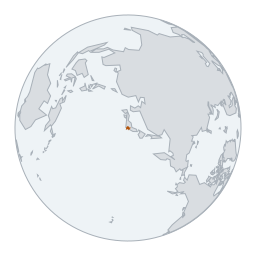 Ibaraki highlighted on a globe, orthographic projection, rotated 102°
{"feature_id": "JPN-1856", "entity_name": "Ibaraki", "entity_type": "Prefecture", "adm_level": 1, "iso_a3": "JPN", "parent_name": "Japan", "parent_adm1": "", "projection": "orthographic", "projection_center": [140.305, 36.33], "detail": "coarse", "context": "on_globe", "style": "filled", "palette": "amber", "viewbox_px": 256, "rotation_deg": 102, "n_neighbors": 0, "source": "natural_earth", "source_scale": "10m", "svg_char_len": 11172}
<svg xmlns="http://www.w3.org/2000/svg" viewBox="0 0 256 256"><g transform="rotate(102 128 128)"><circle cx="128" cy="128" r="113" fill="#eef3f6" stroke="#a8b0b8"/><path d="M197.1,202.5L197.1,202.9L197.0,203.1L197.1,202.5ZM222.7,67.0L220.5,65.6L224.6,70.1L225.4,71.4L225.6,71.8L224.5,70.9L223.3,68.9L220.2,66.5L219.5,67.8L213.5,64.6L202.8,56.5L204.1,55.9L201.4,54.3L199.6,55.0L199.1,56.0L187.3,53.6L180.3,58.4L181.5,62.9L178.5,59.9L183.2,70.7L181.6,76.5L181.3,68.2L179.7,66.1L177.5,69.0L175.3,67.5L173.1,68.2L170.7,66.2L170.6,61.8L169.1,60.6L167.7,62.8L164.4,62.4L166.7,59.3L161.1,58.5L160.1,51.7L168.3,46.2L165.6,41.9L168.5,35.1L166.1,34.6L165.7,32.1L162.9,30.6L164.2,30.0L160.8,29.4L160.1,30.2L158.3,30.3L156.6,29.6L158.0,28.6L159.1,28.9L158.6,28.2L160.1,28.1L158.3,27.8L160.3,26.9L155.8,26.8L155.2,25.3L157.1,25.0L160.3,26.3L172.6,29.9L175.6,30.5L176.6,29.8L171.6,25.5L173.4,25.8L173.6,25.3L171.0,24.4L170.0,24.5L165.2,22.9L164.6,23.4L162.5,23.0L160.5,23.4L157.2,22.0L155.2,20.6L156.7,20.3L155.8,19.8L151.5,19.2L151.5,18.2L146.6,16.9L146.9,17.0L155.2,18.7L163.4,21.1L171.3,24.0L179.0,27.6L186.5,31.7L193.6,36.4L200.3,41.6L206.6,47.3L212.5,53.5L217.8,60.0L222.7,67.0ZM223.8,126.2L222.8,124.2L224.1,124.4L223.8,126.2ZM221.8,123.7L222.2,124.2L221.7,123.9L221.8,123.7ZM221.1,123.9L221.6,123.7L221.1,124.2L221.1,123.9ZM220.3,124.6L220.7,124.1L220.7,124.3L220.3,124.6ZM218.7,124.9L218.3,124.9L218.6,124.3L218.7,124.9ZM199.2,56.7L199.8,55.3L202.2,55.3L202.0,56.6L199.2,56.7ZM194.3,57.2L194.0,55.9L197.0,57.4L196.3,57.6L194.3,57.2ZM182.9,66.7L183.8,65.0L183.7,67.2L182.9,66.7ZM173.2,68.6L173.6,69.6L172.2,69.5L173.2,68.6ZM162.4,24.1L161.5,23.7L162.4,23.9L162.4,24.1ZM162.5,24.7L164.1,25.1L164.4,25.5L163.3,25.2L162.5,24.7ZM167.3,66.6L165.0,66.3L167.3,65.8L167.3,66.6ZM160.3,24.1L164.6,26.0L165.0,26.7L161.4,26.3L160.3,24.1ZM163.6,65.7L157.9,65.4L158.4,67.5L153.8,61.7L160.2,63.7L163.0,62.7L162.3,64.3L163.6,65.7ZM160.6,30.8L161.3,29.9L162.4,31.4L160.6,30.8ZM161.7,31.8L167.5,36.7L165.7,37.9L164.1,35.9L163.1,38.1L159.3,36.3L159.1,34.6L161.0,34.2L158.1,33.8L161.7,31.8ZM152.2,58.7L150.8,58.1L152.3,58.0L152.2,58.7ZM157.7,30.4L159.1,31.2L157.6,32.3L154.6,30.9L156.1,31.0L157.7,30.4ZM164.6,39.7L163.0,40.4L159.5,39.0L158.4,39.1L159.1,36.4L164.6,39.7ZM155.5,30.4L153.2,30.2L152.3,29.1L156.3,29.7L155.5,30.4ZM158.4,33.2L157.6,33.7L157.1,32.9L158.4,33.2ZM147.8,25.5L149.4,26.2L148.8,26.8L147.8,25.5ZM152.4,30.2L152.7,30.6L152.6,31.0L150.9,30.6L152.4,30.2ZM156.6,35.7L155.4,35.0L156.1,36.7L153.5,35.9L154.4,34.3L153.0,34.6L152.2,34.4L153.8,33.4L156.6,35.7ZM149.0,31.5L149.3,29.3L146.4,27.7L146.9,27.1L151.4,29.8L149.0,31.5ZM151.7,32.6L150.1,31.7L151.5,31.3L153.4,31.7L151.7,32.6ZM151.4,36.0L155.2,37.7L154.8,38.0L151.4,36.0ZM147.9,31.0L147.8,31.6L147.5,31.0L147.9,31.0ZM150.0,34.5L151.4,35.0L151.0,35.4L150.0,34.5ZM146.6,32.3L146.7,31.6L148.0,31.8L146.6,32.3ZM148.0,33.4L147.1,33.8L148.4,32.3L148.6,33.5L148.0,33.4ZM149.4,34.8L149.6,35.2L148.9,34.5L149.4,34.8ZM141.6,32.2L143.0,30.3L145.9,30.6L144.2,32.4L141.6,32.2ZM44.4,52.5L38.0,60.5L35.4,65.0L40.4,60.7L44.6,53.2L48.6,49.3L47.9,52.9L44.7,60.2L46.1,59.0L50.9,52.5L53.0,52.6L52.9,50.2L50.9,52.3L50.8,51.1L52.6,49.1L53.3,49.1L55.0,46.7L51.4,47.7L49.0,50.0L51.9,45.7L48.0,49.2L47.8,49.1L54.2,43.2L55.8,42.1L65.3,34.9L64.0,35.5L54.9,42.6L56.5,41.2L54.6,42.6L57.3,40.4L67.6,33.0L70.0,31.4L82.5,25.0L85.2,23.8L82.1,25.2L83.5,24.6L80.6,26.1L80.7,26.8L78.4,28.4L82.4,27.7L81.7,28.5L79.6,28.6L76.8,29.7L71.6,34.4L71.8,35.0L74.8,34.3L73.0,35.8L76.6,34.6L75.5,37.3L79.8,33.0L83.5,32.5L85.0,33.9L87.0,33.0L84.5,30.9L82.8,30.9L80.1,31.9L76.2,31.6L77.1,30.3L84.1,28.1L86.2,26.1L90.8,25.6L94.7,30.9L94.4,34.0L85.4,40.1L83.2,39.5L85.3,36.9L79.7,39.8L81.9,39.3L80.4,40.7L83.5,41.0L82.6,42.1L87.1,40.6L86.4,42.0L83.5,42.9L87.4,44.8L86.9,47.8L88.2,47.8L89.8,46.9L88.1,51.6L89.1,51.4L90.1,49.7L92.9,48.3L97.1,47.7L96.2,49.4L94.6,49.8L89.9,53.4L85.8,54.5L85.8,55.1L89.3,54.6L95.0,50.2L97.7,49.4L95.3,51.6L96.4,50.7L97.5,50.9L97.8,52.6L100.6,50.4L113.9,50.8L115.9,54.7L112.2,56.3L120.7,59.3L122.2,64.0L123.1,62.4L127.7,63.1L127.3,61.7L128.1,61.0L139.8,63.0L141.9,65.0L148.0,64.6L148.5,63.9L147.3,62.3L153.8,61.7L158.4,67.5L157.1,68.8L160.9,71.8L157.4,74.6L156.3,78.5L150.3,80.3L149.9,83.5L151.5,84.3L152.1,89.5L148.1,97.7L144.6,87.3L149.3,75.5L146.8,79.9L145.3,77.9L143.2,78.9L141.6,82.2L142.7,83.2L129.9,84.5L122.1,92.3L127.5,93.5L129.3,97.1L125.2,108.5L108.9,120.0L111.0,126.2L110.1,129.4L105.8,130.2L107.1,125.4L104.2,122.6L105.5,119.9L99.1,120.0L100.8,116.3L94.9,118.5L95.4,122.2L100.4,123.2L94.7,127.1L97.8,134.2L96.3,140.8L85.1,148.9L76.3,149.0L75.4,150.7L72.9,147.1L68.1,149.1L71.6,162.6L71.0,165.6L63.9,168.4L64.0,166.1L57.3,156.5L54.9,163.1L60.0,172.1L61.7,179.9L57.3,175.5L55.7,168.4L53.4,164.9L54.8,159.0L54.3,148.2L50.0,147.4L51.1,143.7L49.7,133.3L43.9,131.8L34.2,135.2L31.6,144.1L28.8,145.7L28.5,128.3L31.0,118.6L29.2,117.2L30.2,105.7L27.3,96.0L28.3,93.0L27.5,92.1L28.4,86.8L30.6,82.2L30.5,80.3L25.1,92.6L25.4,94.8L27.7,94.0L26.0,97.7L25.2,103.7L20.8,106.6L18.9,100.4L21.1,93.3L32.3,69.4L33.3,68.1L33.5,67.9L33.8,67.5L32.3,69.2L35.0,65.1L26.4,79.6L23.9,85.0L18.8,100.6L18.7,100.9L17.8,105.0L17.8,110.0L17.3,112.1L15.8,118.3L15.8,118.5L16.7,110.4L18.3,102.4L20.4,94.6L23.1,86.9L26.4,79.4L30.2,72.2L34.4,65.3L39.2,58.7L44.4,52.5ZM38.8,71.6L38.5,76.5L42.9,70.9L43.2,72.4L44.6,70.1L43.2,70.5L47.4,64.7L48.8,65.8L51.1,64.0L51.3,62.3L48.0,61.3L42.0,69.4L40.3,69.8L38.8,71.6ZM93.8,21.2L91.4,22.0L90.6,22.1L93.5,20.8L94.8,20.6L93.8,21.2ZM88.4,23.2L94.5,21.7L93.0,22.7L92.8,22.3L91.1,23.1L90.4,22.8L82.9,25.5L81.7,25.8L87.7,22.8L86.4,23.5L88.8,22.6L88.4,23.2ZM113.0,18.7L115.7,18.8L108.9,20.7L107.2,20.5L110.0,19.0L113.6,18.4L113.0,18.7ZM153.1,23.4L154.6,23.7L154.2,23.9L152.6,23.8L153.1,23.4ZM148.6,25.8L146.3,22.1L147.9,22.3L144.7,20.3L147.5,20.0L149.5,21.3L149.3,19.8L152.2,20.8L151.6,19.8L155.7,22.6L158.3,23.7L154.3,22.5L151.7,22.7L151.3,23.1L152.2,25.1L156.5,27.8L154.5,28.6L152.0,28.5L150.7,28.0L152.4,27.5L149.3,27.1L150.8,26.2L148.6,25.8ZM123.4,30.0L125.9,29.1L120.1,29.3L121.5,27.9L120.8,28.0L120.5,26.8L118.8,25.6L119.9,25.0L118.8,24.8L118.6,24.1L117.4,23.7L119.0,22.7L117.7,22.1L119.2,22.0L116.5,21.4L119.2,21.4L119.2,20.6L116.6,21.0L128.1,17.7L130.8,16.8L131.6,16.1L136.2,16.6L138.4,17.7L138.8,19.3L135.5,20.3L138.1,20.5L137.4,21.1L135.6,20.7L137.9,21.7L136.7,22.1L137.1,24.3L141.1,25.8L141.3,26.8L139.2,26.5L140.9,27.7L137.1,27.8L137.2,28.5L133.5,29.5L129.4,28.6L129.8,29.5L127.0,30.4L123.4,30.0ZM140.5,32.4L135.3,31.3L133.4,30.1L140.6,29.0L141.1,28.3L145.6,27.8L148.1,29.7L146.6,29.6L145.7,30.0L145.3,29.3L144.9,30.2L142.8,30.2L142.0,30.9L140.5,30.3L140.5,32.4ZM55.8,41.6L55.3,41.9L55.1,42.2L55.8,41.6ZM65.5,34.3L65.8,34.1L64.6,34.9L65.5,34.3ZM79.1,29.1L78.5,29.8L77.6,30.1L77.0,30.1L79.1,29.1ZM106.5,31.3L108.2,30.8L108.6,31.1L112.5,31.0L111.7,32.3L109.1,32.8L106.5,31.3ZM39.9,60.4L39.5,60.1L40.4,58.9L40.4,59.2L39.9,60.4ZM46.2,50.8L43.8,53.6L45.9,51.0L46.2,50.8ZM106.3,32.7L108.0,32.5L106.6,33.2L106.3,32.7ZM111.4,33.2L110.1,34.1L112.1,32.4L111.4,33.2ZM87.6,204.4L90.9,205.7L90.8,206.0L87.6,204.4ZM84.1,202.0L87.8,203.2L83.5,202.7L84.1,202.0ZM89.2,203.7L93.0,204.0L94.6,203.8L94.4,204.5L89.2,203.7ZM81.6,201.2L68.8,196.3L64.0,193.1L64.9,192.2L72.8,195.9L81.6,201.2ZM64.6,192.0L57.3,184.3L48.7,166.3L51.8,168.4L61.1,181.5L60.4,182.5L64.8,188.0L64.6,192.0ZM82.7,191.4L82.0,195.1L74.8,192.2L71.6,190.3L69.4,184.3L70.6,182.2L73.2,183.3L84.0,178.0L87.6,181.4L84.1,184.2L87.1,188.7L82.7,191.4ZM31.7,145.2L32.4,152.2L31.0,151.8L31.7,145.2ZM89.0,172.8L84.2,175.5L88.8,171.3L89.0,172.8ZM92.1,168.2L92.1,170.5L90.6,167.9L92.1,168.2ZM74.7,153.7L72.0,153.1L72.2,151.5L75.9,151.4L74.7,153.7ZM95.2,146.3L94.0,151.0L93.0,152.4L92.3,149.1L95.2,146.3ZM102.5,44.7L97.8,43.2L94.0,43.3L91.1,45.1L93.2,42.1L99.1,41.9L102.5,44.7ZM112.6,49.8L115.1,48.5L115.4,49.7L114.8,50.2L112.6,49.8ZM113.1,48.6L113.7,45.9L116.0,45.6L115.1,47.7L113.1,48.6ZM109.8,38.7L108.5,38.1L109.7,37.4L109.8,38.7ZM172.8,230.3L174.9,229.7L172.0,231.3L167.6,233.3L162.6,234.9L172.8,230.3ZM136.2,238.6L134.6,237.6L139.8,237.4L138.9,238.3L136.2,238.6ZM176.0,228.7L178.6,226.8L178.2,225.6L179.5,226.4L183.1,225.0L176.2,229.2L176.0,228.7ZM113.0,231.6L93.0,230.7L88.2,228.9L88.5,227.7L82.1,221.3L83.6,221.9L81.4,217.8L92.7,217.8L100.4,212.9L107.8,214.8L112.7,210.4L120.7,211.8L118.9,215.7L127.8,219.2L132.3,210.3L139.3,220.2L146.8,223.3L150.8,228.0L143.1,235.4L137.2,236.7L135.3,236.2L133.1,236.8L128.5,236.5L124.6,234.3L122.4,234.8L123.9,233.3L121.0,234.5L118.0,232.8L113.0,231.6ZM170.6,216.6L172.1,216.5L175.1,217.4L172.5,217.6L170.6,216.6ZM193.2,205.7L194.3,206.1L192.5,206.9L193.2,205.7ZM197.0,203.1L194.9,204.2L197.1,202.5L197.0,203.1ZM177.0,210.1L177.9,210.5L177.4,210.8L177.0,210.1ZM176.4,210.0L177.1,208.9L177.2,209.9L176.4,210.0ZM168.4,206.1L169.2,205.4L169.6,205.8L168.4,206.1ZM95.9,207.0L100.4,205.3L103.0,205.6L95.9,207.0ZM166.9,205.1L164.8,205.3L164.9,204.7L166.9,205.1ZM166.9,203.8L166.6,203.1L168.2,204.7L166.9,203.8ZM162.6,202.5L165.4,203.6L162.3,202.7L162.6,202.5ZM161.1,202.8L159.2,202.3L159.3,202.1L161.1,202.8ZM141.0,204.4L148.0,209.2L142.7,209.1L136.6,206.0L132.5,208.5L122.8,207.2L124.8,205.7L123.3,202.9L113.7,200.5L111.7,198.4L115.0,197.7L108.9,195.2L115.6,195.6L118.5,199.7L122.4,197.3L129.4,198.8L136.4,200.5L142.3,203.4L141.0,204.4ZM115.9,203.7L117.1,203.8L116.1,204.8L115.9,203.7ZM155.5,200.6L158.3,202.2L158.0,202.6L156.7,202.4L155.5,200.6ZM143.6,202.8L149.9,199.9L151.4,199.9L147.3,203.3L143.6,202.8ZM148.2,197.9L151.3,198.3L152.9,200.0L152.3,200.5L148.2,197.9ZM102.1,197.8L101.9,198.8L100.2,197.6L102.1,197.8ZM104.3,197.7L109.5,199.8L103.8,198.4L104.3,197.7ZM89.2,190.3L90.7,193.2L95.1,192.8L91.7,194.2L94.9,199.0L94.0,200.2L90.7,195.1L89.9,199.2L87.9,198.6L86.7,194.4L88.6,190.3L90.6,188.8L98.7,190.2L89.2,190.3ZM104.2,194.6L102.8,191.4L103.9,189.7L105.3,191.6L104.2,194.6ZM99.2,183.4L95.9,179.0L92.8,179.5L99.5,176.2L101.4,180.9L99.2,183.4ZM96.9,174.8L93.8,175.3L97.1,173.2L96.9,174.8ZM93.2,173.9L93.2,171.3L95.4,172.2L93.2,173.9ZM98.4,175.3L99.4,171.2L100.3,174.0L98.4,175.3ZM93.0,165.3L97.3,170.8L91.2,167.3L92.2,158.8L94.9,159.4L93.0,165.3ZM116.0,134.7L116.0,132.0L118.8,132.0L118.0,133.8L116.0,134.7ZM127.9,130.3L119.6,131.2L112.9,132.1L114.4,133.7L111.9,137.6L110.2,133.0L115.7,129.3L120.6,129.4L122.4,126.0L126.6,124.3L127.4,119.7L129.6,118.1L130.4,122.4L127.9,130.3ZM127.5,117.7L130.3,109.9L135.0,112.0L135.5,114.2L132.2,116.8L129.9,115.5L127.5,117.7ZM132.4,108.7L130.2,107.5L129.6,95.1L130.7,93.1L133.6,103.2L131.7,102.7L131.0,105.4L132.4,108.7ZM150.7,59.1L150.8,58.2L151.6,59.1L150.7,59.1ZM127.8,60.1L129.0,59.4L129.9,60.4L127.8,60.1ZM132.8,57.9L130.9,57.3L133.2,57.2L132.8,57.9ZM126.7,56.2L130.3,56.7L126.3,57.2L126.7,56.2Z" fill="#d9dde1" stroke="#a8b0b8" stroke-width="1"/><path d="M128.8,127.0L128.7,127.1L128.6,127.4L128.5,127.7L128.5,127.8L128.5,128.0L128.4,128.1L128.4,128.3L128.5,128.6L128.8,129.0L128.6,129.0L128.4,128.9L128.1,128.9L127.8,129.0L127.7,128.9L127.4,128.8L127.2,128.5L127.0,128.4L127.0,128.2L127.3,128.1L127.4,127.9L127.5,127.9L127.8,127.9L127.9,127.6L127.9,127.3L127.9,127.2L127.9,126.8L128.0,126.9L128.2,127.0L128.3,127.1L128.4,126.9L128.5,126.9L128.8,127.0Z" fill="#f59e0b" stroke="#b45309" stroke-width="1.5"/></g></svg>